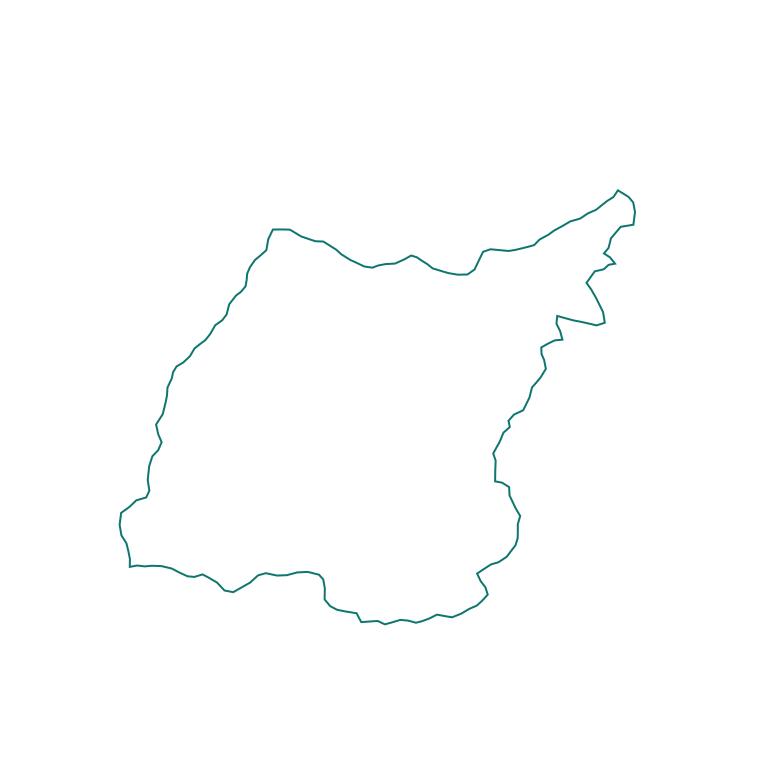 outline of Guapiaçu, São Paulo, Brazil, rotated 28°
{"feature_id": "56859067B16319399596157", "entity_name": "Guapiaçu", "entity_type": "district", "adm_level": 2, "iso_a3": "BRA", "parent_name": "Brazil", "parent_adm1": "São Paulo", "projection": "mercator", "projection_center": [-49.18, -20.723], "detail": "fine", "context": "isolated", "style": "outline", "palette": "teal", "viewbox_px": 768, "rotation_deg": 28, "n_neighbors": 0, "source": "geoboundaries", "source_scale": "gbopen_adm2", "svg_char_len": 2577}
<svg xmlns="http://www.w3.org/2000/svg" viewBox="0 0 768 768"><g transform="rotate(28 384 384)"><path d="M499.6,103.2L498.8,111.2L495.1,117.6L489.4,130.7L483.9,137.7L479.4,146.0L472.2,152.9L467.4,160.7L462.2,168.6L459.0,175.1L453.5,183.5L451.4,190.8L446.5,195.5L437.2,203.8L431.5,208.1L420.4,212.7L414.7,215.1L409.4,220.8L409.8,231.7L410.2,240.4L406.3,248.1L397.7,252.9L388.6,255.9L372.7,259.1L365.9,257.8L359.8,257.4L353.5,256.7L347.7,257.8L343.6,264.2L337.2,272.5L329.2,277.3L323.2,282.1L319.2,286.7L311.4,289.5L302.3,289.9L296.3,290.3L285.3,289.5L278.6,287.8L263.6,286.7L256.3,290.2L241.8,292.6L228.5,291.9L221.4,295.4L213.4,299.8L213.8,310.4L217.3,321.1L214.4,328.9L211.8,335.3L210.8,343.9L211.4,350.8L214.0,356.9L215.9,362.8L214.4,369.8L211.8,375.4L209.9,386.3L212.4,396.5L211.2,403.8L207.4,411.3L207.1,421.1L205.7,429.0L202.8,435.1L200.0,441.6L199.6,450.6L196.7,459.1L192.6,465.9L192.2,472.4L194.0,478.7L194.5,488.8L197.8,496.1L199.7,502.3L202.8,514.5L201.8,526.8L208.3,534.4L215.0,539.8L215.7,548.4L213.4,556.6L215.3,566.9L220.4,579.6L226.9,588.4L227.3,595.8L219.9,603.0L216.9,612.1L212.4,621.2L216.7,632.5L223.3,641.0L231.4,645.6L237.1,652.0L241.8,657.8L245.4,664.8L251.2,660.2L258.3,657.4L264.5,653.4L272.9,649.3L283.1,646.6L292.7,646.5L300.8,646.0L307.1,643.4L313.2,637.3L319.6,637.3L329.8,637.7L340.1,641.2L348.6,638.6L359.0,622.2L362.7,612.0L368.5,606.5L379.4,603.4L388.0,598.4L395.7,591.2L404.9,585.7L416.1,582.9L422.0,585.0L427.7,592.2L432.7,602.1L440.8,605.4L448.4,605.4L456.5,603.0L467.4,599.3L475.7,604.9L482.9,600.4L489.7,596.2L497.6,595.8L502.5,591.2L509.2,584.6L516.3,581.6L524.3,579.8L528.8,575.7L534.1,569.8L539.0,562.8L547.8,560.0L553.7,558.0L560.1,550.4L564.8,542.6L570.0,536.0L572.3,529.6L574.5,521.3L569.0,515.9L562.1,512.8L555.2,507.7L559.1,500.4L563.3,492.9L568.7,487.7L573.5,478.9L574.5,472.4L575.8,464.6L574.4,457.4L571.3,451.2L568.0,445.1L566.2,436.6L558.4,431.8L547.2,423.5L542.9,416.3L534.5,415.7L527.8,417.8L522.7,407.8L518.6,399.3L513.1,394.1L513.1,387.7L513.3,381.1L512.3,370.9L515.3,363.0L511.2,358.0L513.1,350.0L519.2,341.9L518.8,327.7L516.3,317.5L517.9,310.8L519.2,304.6L519.8,294.6L514.0,287.5L509.2,283.8L505.7,277.9L510.1,271.0L514.3,265.3L520.7,261.1L514.7,254.6L508.0,249.8L505.0,242.6L514.0,240.6L521.4,238.9L527.8,236.9L537.8,234.1L544.1,232.5L550.2,226.3L543.7,217.7L530.9,208.5L522.3,203.1L515.3,199.6L517.2,185.6L524.2,179.5L526.4,173.3L531.5,169.3L524.2,166.1L516.9,165.4L518.4,158.4L516.0,148.8L519.2,134.1L529.4,126.3L524.9,114.3L518.8,106.7L512.1,104.0L499.6,103.2Z" fill="none" stroke="#0f766e" stroke-width="2"/></g></svg>